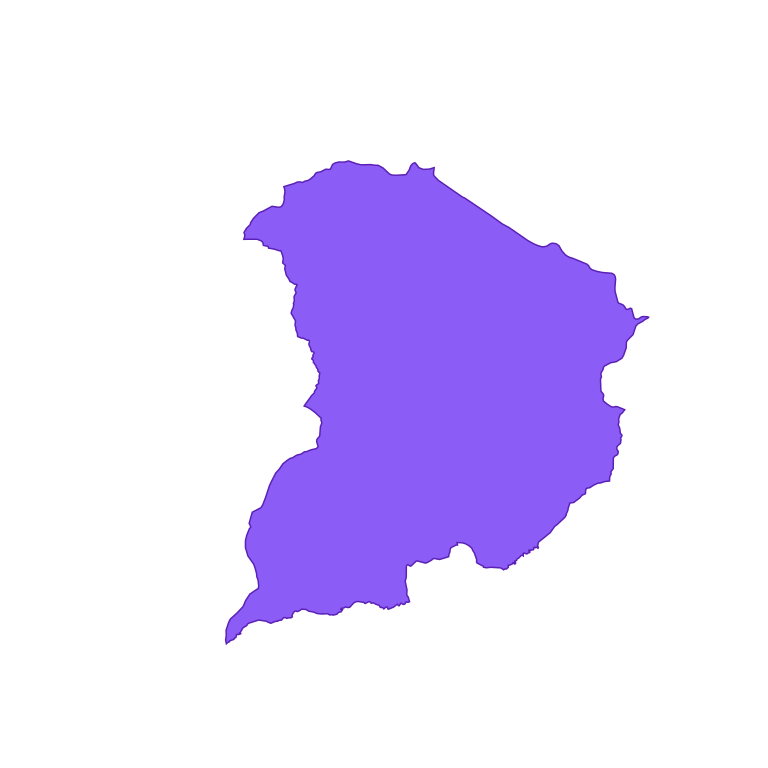 Iedera, Dâmbovita, Romania (Natural Earth projection), rotated 331°
{"feature_id": "2599482B64080351201146", "entity_name": "Iedera", "entity_type": "district", "adm_level": 2, "iso_a3": "ROU", "parent_name": "Romania", "parent_adm1": "Dâmbovita", "projection": "natural_earth1", "projection_center": [25.641, 45.048], "detail": "fine", "context": "isolated", "style": "filled", "palette": "violet", "viewbox_px": 768, "rotation_deg": 331, "n_neighbors": 0, "source": "geoboundaries", "source_scale": "gbopen_adm2", "svg_char_len": 6171}
<svg xmlns="http://www.w3.org/2000/svg" viewBox="0 0 768 768"><g transform="rotate(331 384 384)"><path d="M534.2,578.2L536.6,574.4L539.0,572.9L540.0,570.7L543.4,569.2L548.6,560.1L550.5,559.0L553.7,559.0L554.9,558.3L556.2,556.5L556.0,553.9L557.1,552.0L558.8,551.2L562.0,550.6L564.3,547.6L564.7,546.0L567.0,544.7L567.3,543.9L566.8,542.0L568.8,536.6L569.0,533.3L570.9,531.3L572.3,528.3L575.7,525.2L578.4,524.8L582.1,523.2L577.0,516.9L575.7,516.0L573.8,515.6L571.8,514.2L569.6,510.2L567.7,505.4L568.2,503.4L570.7,500.4L570.9,499.0L570.3,495.7L570.8,494.3L575.7,484.7L577.6,483.3L578.4,480.7L579.5,479.3L582.5,477.6L584.1,475.8L585.4,475.2L592.5,475.3L598.1,477.1L604.5,476.8L607.3,475.2L613.3,469.9L616.3,464.9L618.0,463.8L625.8,461.5L632.4,455.4L635.1,454.5L640.5,454.6L643.5,454.1L646.8,454.3L647.8,453.9L646.9,452.8L643.1,450.5L641.3,450.1L638.1,450.5L635.5,449.1L634.9,447.8L634.9,446.9L637.1,438.1L636.1,437.1L633.8,437.0L632.4,436.3L631.9,435.3L632.0,433.1L631.3,430.5L628.3,426.8L628.5,424.9L631.0,415.0L632.5,412.0L637.5,404.4L638.3,401.9L638.3,399.9L636.9,397.6L629.0,392.3L624.7,388.6L621.3,384.9L620.3,382.6L620.3,379.5L619.5,377.5L609.8,365.3L607.7,363.2L606.1,360.8L605.1,358.5L604.1,353.7L604.1,347.9L602.5,344.7L599.3,342.3L596.6,342.0L593.6,342.4L590.6,341.6L588.7,340.6L585.9,337.8L582.8,333.9L579.3,328.2L569.3,308.0L565.0,301.2L559.0,288.4L544.8,260.6L543.0,258.1L530.3,232.3L528.7,226.3L528.7,225.4L529.6,223.5L532.8,219.1L527.8,218.0L522.5,215.4L519.4,211.8L518.6,205.9L517.8,205.3L515.9,205.2L514.3,205.7L512.7,206.5L509.7,209.1L504.7,211.6L495.4,207.1L492.2,205.0L490.6,203.0L487.9,194.6L484.9,189.9L481.6,187.9L479.0,185.8L470.2,181.2L466.9,178.2L461.1,171.7L456.9,170.7L452.0,167.9L448.0,166.9L445.4,167.1L441.3,170.1L439.8,169.6L437.2,167.9L431.2,167.7L428.1,166.5L426.3,166.6L423.8,168.0L418.2,169.1L416.1,169.1L412.8,168.2L410.6,168.3L408.3,166.4L405.9,165.3L402.5,165.1L392.1,162.8L391.6,165.4L390.6,167.8L387.1,172.4L386.2,174.4L383.6,177.3L380.2,179.1L377.7,178.5L372.2,174.3L362.4,174.2L357.7,173.6L350.2,175.8L345.8,178.1L344.1,179.8L339.3,181.1L335.0,183.6L334.4,186.6L331.6,189.5L343.2,195.9L346.3,199.6L346.5,202.1L345.7,204.3L349.1,207.2L349.3,207.6L348.9,209.2L353.4,212.8L357.1,216.8L358.4,217.4L357.6,222.6L356.6,225.6L354.1,228.9L355.2,232.5L353.0,235.2L351.3,241.6L351.7,245.6L351.5,248.9L352.7,250.3L353.8,252.8L356.1,255.0L352.2,257.9L351.7,258.8L351.3,261.7L347.8,263.8L345.8,267.9L343.7,269.8L343.6,270.8L341.2,273.6L339.5,274.6L337.1,277.0L337.2,285.8L334.6,289.6L334.1,292.3L333.2,293.9L332.9,297.2L331.5,300.6L333.9,303.7L335.7,304.9L338.1,308.5L339.5,309.3L339.6,309.9L339.2,311.0L337.7,312.6L337.3,313.9L337.1,317.4L336.5,318.9L336.6,320.8L337.7,321.5L338.1,322.4L337.7,323.3L335.9,324.2L335.0,325.9L333.9,326.2L333.0,327.1L333.7,329.2L332.6,331.1L333.1,331.9L333.0,333.5L333.4,334.8L332.9,336.5L333.2,339.3L332.5,340.6L332.7,342.1L333.2,342.9L333.0,343.5L331.2,345.6L330.1,347.8L328.2,349.3L327.1,351.9L324.2,352.2L323.5,352.7L323.7,354.4L322.6,355.4L319.8,356.6L318.8,358.0L314.9,359.1L303.5,364.5L305.8,367.3L307.6,370.3L310.0,375.8L312.5,383.6L311.5,384.7L310.7,388.0L307.7,390.5L303.0,397.7L302.3,398.4L298.4,400.0L297.2,401.6L296.0,406.9L293.4,407.7L288.3,406.2L283.0,405.5L281.5,404.7L277.6,405.1L273.0,403.9L268.0,404.2L266.0,403.6L262.8,403.8L256.9,404.8L251.1,407.7L246.3,409.3L237.8,415.0L234.3,417.6L225.7,425.6L219.5,430.8L217.3,432.0L216.3,432.5L206.6,432.3L198.5,440.5L198.4,443.0L198.0,444.7L196.1,445.3L190.8,449.6L186.9,453.8L183.5,459.9L181.6,468.5L182.7,478.4L182.0,482.4L180.8,487.5L179.3,491.1L178.8,494.4L176.6,499.7L175.1,501.8L164.9,502.7L158.0,506.3L153.0,510.3L144.2,513.1L135.6,515.1L132.7,517.1L126.5,522.8L124.0,527.7L121.4,531.0L120.2,534.8L121.9,534.3L124.0,534.5L124.5,533.8L128.8,534.6L129.9,533.8L131.6,533.9L133.4,531.7L134.6,531.9L134.9,532.5L137.4,533.0L137.7,532.8L137.5,532.5L136.8,532.6L136.6,532.2L136.8,531.7L138.2,531.4L141.7,529.3L143.1,528.8L146.6,528.8L148.6,527.7L150.0,527.7L160.0,529.7L166.3,534.6L166.7,535.6L169.0,538.4L174.0,539.0L175.8,539.9L177.3,539.8L180.0,540.8L182.7,539.7L184.5,540.5L185.4,541.9L187.0,542.2L189.4,543.4L191.0,543.2L191.2,542.2L192.9,540.6L195.8,539.4L196.9,539.9L197.8,541.0L199.9,541.3L202.8,541.0L206.5,543.4L208.1,546.3L211.8,549.3L214.2,552.3L217.6,554.7L218.4,554.8L218.6,555.3L223.2,557.5L224.6,559.7L226.6,560.5L227.5,561.5L231.1,562.5L233.6,561.7L236.0,562.5L238.3,561.3L237.0,560.2L237.7,559.5L240.3,560.4L242.3,560.3L243.7,561.8L245.7,562.7L251.4,560.8L254.3,560.9L256.1,561.8L260.6,565.3L260.7,566.4L261.3,566.9L265.3,567.0L266.0,567.5L266.6,569.6L268.7,570.3L270.1,572.7L272.4,575.2L272.5,577.6L274.5,579.0L274.8,580.6L277.4,580.1L278.4,580.4L278.7,581.1L278.3,582.6L278.7,583.1L284.2,583.8L288.7,583.0L289.3,585.0L289.8,585.3L292.4,583.9L294.1,586.2L295.5,586.6L297.7,585.3L299.0,586.5L300.8,586.8L301.9,582.0L301.6,580.6L301.8,579.2L304.3,575.2L306.9,566.8L309.8,563.8L315.2,554.2L316.2,553.6L317.2,553.5L318.5,555.8L319.3,556.3L326.4,554.5L327.4,555.0L333.4,560.7L334.8,561.1L340.5,561.1L341.5,560.6L343.4,561.0L347.5,564.4L356.8,566.4L358.2,564.4L360.0,563.1L361.7,560.7L363.2,559.6L369.0,559.8L370.2,560.5L371.0,558.1L375.7,561.0L377.8,563.2L379.7,566.2L380.9,569.2L381.2,571.0L380.9,572.0L381.1,575.5L379.9,582.6L378.8,584.2L378.6,585.7L382.5,591.5L382.2,592.5L384.5,594.4L388.6,596.1L396.3,601.0L397.4,602.1L398.5,604.5L400.1,604.4L401.5,605.2L403.9,604.6L404.9,602.7L406.4,603.4L409.4,603.6L410.2,602.8L411.2,603.4L410.8,604.4L411.1,604.8L411.9,604.9L412.6,603.7L412.3,602.9L412.6,602.2L414.4,602.6L415.6,601.5L417.2,601.6L420.9,600.5L422.0,600.9L422.5,601.9L423.6,599.8L424.3,599.6L426.6,601.9L428.9,601.7L429.7,602.0L429.8,600.1L430.5,599.6L431.1,600.0L431.0,600.8L432.8,600.7L434.4,601.4L435.0,601.0L435.4,599.9L436.2,599.6L436.8,599.9L437.0,600.6L438.5,600.8L439.0,602.3L439.6,602.1L440.0,600.0L442.4,597.2L457.3,594.6L464.2,591.3L467.2,590.9L477.5,588.3L479.7,587.1L480.6,585.9L483.4,583.8L485.2,581.6L488.9,578.2L492.4,579.6L500.1,578.5L503.2,577.3L507.0,577.6L509.0,574.5L510.5,573.4L514.0,574.5L517.5,574.1L523.1,574.4L524.9,575.4L530.0,576.4L534.2,578.2Z" fill="#8b5cf6" stroke="#5b21b6" stroke-width="1.5"/></g></svg>